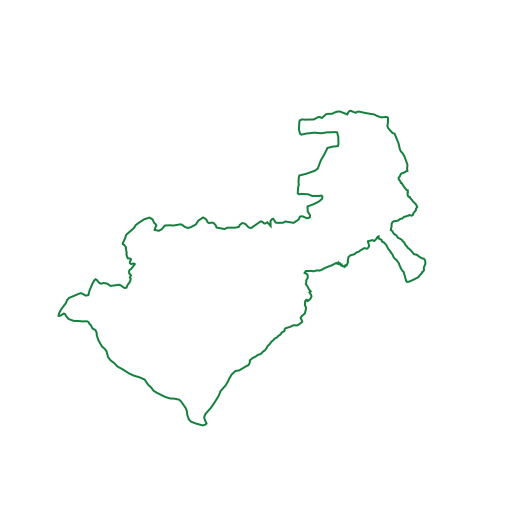 Mehadica, Caras-Severin, Romania, rotated 292°
{"feature_id": "2599482B63819893367743", "entity_name": "Mehadica", "entity_type": "district", "adm_level": 2, "iso_a3": "ROU", "parent_name": "Romania", "parent_adm1": "Caras-Severin", "projection": "robinson", "projection_center": [22.203, 45.07], "detail": "fine", "context": "isolated", "style": "outline", "palette": "green", "viewbox_px": 512, "rotation_deg": 292, "n_neighbors": 0, "source": "geoboundaries", "source_scale": "gbopen_adm2", "svg_char_len": 6131}
<svg xmlns="http://www.w3.org/2000/svg" viewBox="0 0 512 512"><g transform="rotate(292 256 256)"><path d="M391.5,364.5L393.8,363.3L397.0,362.4L398.2,361.5L404.3,356.0L404.6,355.3L405.8,354.2L407.3,351.0L408.9,349.4L413.9,345.9L421.3,338.7L421.2,336.4L423.9,330.9L425.5,329.2L429.5,328.2L433.4,326.8L433.9,325.8L433.5,324.2L431.5,320.3L431.2,316.4L431.5,312.5L429.8,305.1L428.5,297.6L427.5,295.6L426.1,294.8L426.1,289.4L425.4,288.4L424.9,288.1L423.2,287.7L421.5,287.6L421.4,279.7L420.3,277.2L418.3,274.9L416.4,273.4L414.8,269.6L413.7,267.9L408.7,265.4L408.6,264.2L408.8,263.0L408.1,261.7L404.3,258.5L400.8,250.5L399.9,247.5L398.1,245.8L396.7,245.9L389.1,248.5L385.8,251.2L385.5,252.6L388.1,256.3L392.3,264.1L394.3,270.7L397.1,275.2L400.7,283.5L401.0,284.9L397.2,287.7L390.8,290.5L388.6,290.8L386.1,286.1L383.0,281.8L375.9,281.3L368.9,280.3L360.2,280.5L357.1,278.6L350.8,271.5L346.9,266.0L344.7,266.3L340.2,267.8L338.1,269.1L336.1,269.2L329.8,271.2L329.3,272.6L330.9,275.7L332.8,281.5L332.7,285.6L335.4,292.1L336.5,294.0L336.1,295.2L333.9,295.9L330.2,294.0L325.4,289.8L321.2,285.2L316.5,287.4L314.1,290.8L312.1,291.5L310.8,290.3L310.1,289.2L310.2,284.0L309.0,282.0L306.2,281.9L304.9,281.3L300.8,278.4L299.0,270.3L297.0,268.7L294.8,263.6L294.4,261.5L295.8,259.8L297.0,257.9L295.9,256.9L293.7,256.4L289.3,258.3L291.5,253.9L289.4,252.1L289.3,251.0L290.1,249.1L289.9,247.4L280.3,241.1L279.7,239.5L280.0,237.9L281.7,234.2L281.7,232.6L281.4,230.9L278.8,229.4L276.5,229.1L274.5,226.2L271.5,218.8L269.2,216.7L267.6,208.8L269.2,207.3L270.4,205.2L270.7,203.3L268.9,199.8L269.2,198.4L270.6,197.0L271.6,195.2L271.9,192.5L267.0,189.2L262.6,188.4L257.9,184.4L256.4,182.0L256.3,179.1L257.0,176.7L257.2,174.3L253.3,168.0L252.1,164.3L250.4,160.7L250.0,160.0L245.7,158.7L243.0,156.5L242.2,152.2L244.6,152.0L247.1,152.2L247.8,151.2L248.6,149.1L251.2,146.4L251.7,142.9L248.1,138.5L241.8,134.2L239.5,132.9L236.2,132.3L227.0,127.7L223.5,128.0L218.2,127.7L217.1,128.1L217.0,129.4L215.3,132.3L213.9,132.6L210.4,135.0L209.1,135.1L205.8,137.9L206.4,139.7L206.3,141.1L205.6,141.5L203.7,141.2L202.3,141.7L201.7,143.0L203.0,145.0L203.3,146.0L203.1,146.7L197.8,145.3L195.5,144.0L194.3,144.0L192.3,145.0L191.2,147.4L188.8,147.1L187.9,148.4L185.1,148.8L181.0,147.8L178.3,147.8L177.7,147.4L177.1,145.7L178.1,141.5L178.2,140.2L173.7,132.2L174.6,128.8L174.4,126.7L173.7,124.5L172.5,123.2L172.2,121.3L172.9,119.5L174.1,117.5L174.3,115.9L172.7,115.1L171.4,115.1L169.3,114.7L161.6,114.6L156.9,115.2L155.5,112.9L156.1,107.9L155.0,106.3L147.1,98.4L144.4,97.4L141.2,97.4L133.6,95.3L128.6,94.9L126.6,95.3L126.8,96.2L127.4,97.0L130.6,99.3L130.7,100.5L128.9,102.9L127.5,105.6L127.4,107.6L127.6,111.6L128.9,114.7L130.3,119.4L132.2,124.0L131.9,125.7L130.8,126.8L129.8,129.1L127.6,131.4L127.2,134.6L126.5,135.7L124.9,137.1L122.8,138.1L118.8,141.5L114.4,147.1L113.3,150.4L111.7,153.1L106.8,156.7L104.7,160.4L103.6,164.6L101.7,168.7L100.8,175.7L99.5,182.6L99.3,187.7L99.9,193.4L99.7,199.1L96.3,204.1L94.8,208.0L92.7,211.5L92.0,215.5L91.3,224.3L91.7,229.6L93.2,233.9L94.0,238.6L93.0,241.1L88.5,248.0L85.9,250.3L82.9,251.8L79.3,255.0L78.1,257.6L78.1,262.5L79.0,270.2L80.6,272.1L82.1,272.9L85.4,269.5L87.0,268.4L90.4,268.2L98.5,271.1L104.9,272.5L112.7,273.8L117.4,273.7L124.3,276.2L128.9,277.0L131.9,277.1L136.9,277.8L141.6,280.0L143.7,283.3L150.8,288.7L151.6,289.7L153.3,290.2L155.4,290.0L156.9,289.4L160.2,291.1L162.7,293.4L164.9,294.7L166.3,296.4L167.5,297.4L170.0,298.3L171.8,299.6L174.7,300.3L176.8,300.5L179.4,301.7L182.3,302.4L184.0,303.4L186.1,304.1L188.5,306.0L190.4,306.7L192.2,308.0L194.7,308.6L197.0,310.4L199.1,310.0L200.0,310.4L203.2,314.3L205.5,316.3L206.3,317.6L206.5,319.0L207.4,320.5L209.4,322.0L210.2,322.3L211.8,323.4L212.5,323.4L213.3,322.8L215.2,320.7L216.0,320.5L217.7,321.1L221.0,322.8L225.5,322.2L227.1,321.6L228.7,319.8L232.2,318.6L233.5,318.8L234.4,319.3L234.4,319.7L233.5,320.5L233.5,320.8L235.5,322.0L236.9,322.5L239.3,322.6L240.7,321.6L242.1,319.2L242.7,319.2L243.6,320.0L244.9,317.6L247.4,314.8L248.0,313.5L248.8,312.6L250.1,312.6L252.3,311.7L255.0,312.1L257.1,311.4L257.9,310.8L258.4,309.6L258.5,307.4L260.7,307.8L262.9,312.9L263.3,315.0L265.1,317.3L266.1,319.5L266.2,320.3L267.5,321.8L271.1,324.7L275.5,329.5L279.7,333.1L279.3,333.9L279.7,334.6L280.3,334.7L280.0,334.9L280.3,335.3L279.4,335.4L279.4,335.6L279.6,336.0L279.9,335.9L280.6,336.6L280.6,337.1L279.1,338.0L279.2,338.5L279.8,338.6L280.0,338.8L279.1,339.7L279.0,340.7L279.3,341.0L279.1,342.1L279.8,342.0L280.0,342.6L280.5,343.0L280.5,342.5L280.8,342.3L281.6,343.2L283.1,343.7L283.9,343.5L284.8,343.6L286.0,342.8L289.6,342.2L291.8,343.1L294.6,346.7L296.7,347.7L298.7,349.8L300.3,350.7L303.4,353.0L304.0,353.9L304.2,355.8L304.6,356.4L306.0,357.0L307.3,357.2L308.7,356.5L311.1,354.5L311.6,354.3L314.2,357.8L314.4,358.6L314.1,359.7L314.3,360.1L316.4,361.0L319.4,361.6L320.1,362.3L318.2,363.2L318.0,366.3L316.6,367.5L316.5,369.3L315.2,372.4L312.3,375.7L310.4,379.2L310.0,379.3L308.6,381.9L306.3,384.2L305.5,385.7L304.9,387.8L302.8,391.2L301.4,392.3L300.1,393.8L299.3,394.3L297.7,396.5L296.7,398.1L296.4,399.0L289.5,404.3L288.5,405.5L289.5,407.5L293.2,411.1L297.3,414.5L301.3,415.7L301.8,416.2L303.2,416.0L303.6,416.5L305.7,417.1L308.2,415.9L312.1,416.0L314.6,414.9L316.1,413.3L316.3,412.5L316.0,410.4L317.0,405.6L317.4,405.2L317.1,402.9L316.8,402.0L319.3,397.2L320.1,395.2L320.5,393.4L321.4,392.4L321.8,391.2L322.7,389.9L324.2,388.1L324.5,387.4L324.6,386.5L325.5,385.3L326.0,383.1L326.0,381.1L327.9,377.9L328.0,377.3L327.9,376.2L329.5,373.7L330.1,373.1L330.6,371.2L333.8,370.7L336.6,369.8L337.8,369.7L339.0,370.1L339.9,370.9L342.0,374.4L344.4,375.8L345.0,376.6L345.4,377.5L347.9,378.6L348.6,380.1L349.6,380.8L350.3,382.0L351.4,382.8L351.7,385.2L352.5,386.0L354.8,386.0L358.4,387.1L359.7,386.6L361.8,387.2L363.9,384.8L365.5,380.9L366.7,379.1L367.4,377.3L368.2,376.6L367.9,376.1L368.5,374.5L369.9,373.4L371.0,373.1L370.6,372.5L371.7,373.1L373.7,372.1L373.4,371.5L374.2,369.7L375.9,366.8L377.8,364.4L378.0,363.1L378.3,363.1L378.4,362.6L379.3,361.9L380.6,359.6L382.2,358.9L383.4,359.5L385.4,359.5L387.0,359.9L388.5,361.8L391.4,364.0L391.5,364.5Z" fill="none" stroke="#15803d" stroke-width="2"/></g></svg>